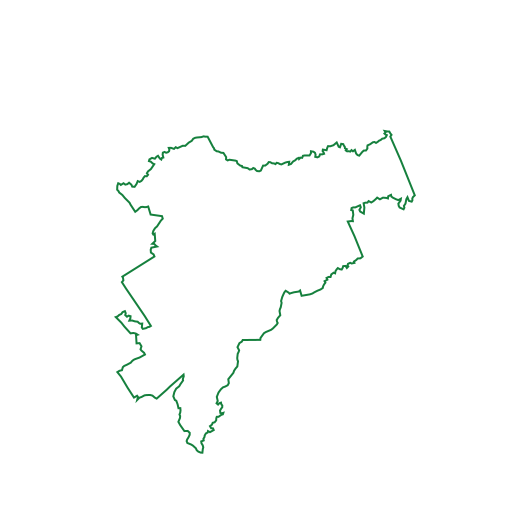 Cascavel, Paraná, Brazil, rotated 238°
{"feature_id": "56859067B17603157029702", "entity_name": "Cascavel", "entity_type": "district", "adm_level": 2, "iso_a3": "BRA", "parent_name": "Brazil", "parent_adm1": "Paraná", "projection": "equal_earth", "projection_center": [-53.389, -25.057], "detail": "fine", "context": "isolated", "style": "outline", "palette": "green", "viewbox_px": 512, "rotation_deg": 238, "n_neighbors": 0, "source": "geoboundaries", "source_scale": "gbopen_adm2", "svg_char_len": 6140}
<svg xmlns="http://www.w3.org/2000/svg" viewBox="0 0 512 512"><g transform="rotate(238 256 256)"><path d="M260.1,429.4L286.1,433.2L286.9,435.1L288.8,434.9L290.9,435.0L292.0,433.4L293.8,431.4L292.2,431.4L291.8,429.8L290.3,430.2L289.2,431.0L288.1,429.3L287.8,427.3L288.6,425.2L288.3,423.1L288.6,421.5L288.3,419.8L288.3,417.7L289.9,416.9L290.5,415.4L290.3,412.0L290.7,409.2L289.7,408.3L288.1,407.4L287.2,405.2L288.3,403.2L287.9,401.2L286.4,396.7L287.8,395.6L289.8,395.2L293.6,396.1L293.4,393.7L295.2,393.1L294.6,391.3L295.7,390.2L296.5,388.7L297.9,388.1L298.5,389.6L300.2,388.5L301.7,389.2L303.1,389.0L304.6,389.3L306.0,387.7L303.7,384.8L304.8,384.0L309.5,384.6L308.9,380.4L309.7,377.1L311.0,375.3L310.1,373.9L308.3,371.9L310.8,369.1L309.7,368.1L307.9,368.2L306.6,367.9L307.1,366.1L308.3,364.2L306.9,362.4L307.1,360.4L308.7,358.8L310.3,360.2L312.3,360.7L314.0,360.0L315.7,358.1L314.1,357.1L312.9,354.7L315.5,350.5L316.1,348.9L314.8,347.2L315.8,345.9L315.4,343.9L316.6,344.2L316.9,342.1L316.4,340.1L316.5,337.5L315.5,334.5L316.0,332.2L318.3,334.1L319.1,332.3L319.7,330.3L320.2,326.1L321.3,325.0L322.9,324.1L324.1,322.9L323.6,321.2L324.9,320.4L326.1,318.8L328.0,317.8L328.9,316.5L328.1,314.8L327.8,311.8L328.9,309.9L325.9,305.4L326.1,303.7L327.5,301.9L329.3,301.3L330.7,301.3L332.1,300.3L331.8,298.6L332.7,296.4L334.9,295.5L338.5,291.5L339.8,291.8L340.9,290.6L344.4,289.3L346.7,290.0L347.8,289.1L351.7,284.5L352.1,282.6L353.8,281.8L355.7,283.1L360.7,283.0L362.1,281.1L364.6,279.5L365.6,278.2L368.3,277.0L369.5,277.5L370.9,277.3L382.8,278.2L384.1,276.2L385.2,275.0L385.8,272.6L387.8,268.7L388.5,267.0L388.7,264.9L387.7,262.5L387.8,259.1L386.9,254.4L388.3,252.3L389.1,246.5L390.8,245.6L390.3,243.2L392.8,241.2L393.9,239.3L392.1,238.9L390.9,237.8L390.7,236.2L391.2,234.5L392.7,233.6L393.0,231.8L391.4,230.5L388.6,229.6L389.0,228.0L388.0,226.8L389.6,226.1L392.9,226.0L392.9,224.2L392.1,221.8L394.3,219.8L394.4,216.8L393.2,215.5L391.7,216.8L389.3,217.4L387.8,218.4L385.4,212.9L385.0,209.3L384.0,207.3L382.1,207.5L381.5,205.6L382.6,204.1L382.0,202.2L381.1,200.7L380.4,198.6L380.5,196.6L382.2,195.4L380.4,192.9L379.0,189.7L380.4,187.8L382.5,188.1L385.4,187.2L385.1,185.0L385.8,183.0L387.9,182.2L387.9,179.0L389.3,178.7L390.7,177.7L388.9,175.5L385.8,173.4L383.7,173.8L382.4,173.6L378.6,175.0L374.7,175.5L368.2,177.0L366.0,176.8L357.5,177.0L357.7,179.7L358.3,182.1L358.5,184.4L357.7,186.0L356.7,187.1L355.6,188.8L355.1,190.8L347.0,188.6L339.6,197.4L337.1,196.7L336.4,194.0L333.5,187.7L333.2,185.5L332.5,183.8L331.6,182.1L329.9,180.3L328.6,180.3L328.6,181.9L322.1,178.5L321.3,174.6L320.2,176.1L318.3,176.4L316.5,177.1L318.5,171.7L317.1,170.0L314.6,168.7L311.6,170.0L309.4,169.6L309.3,131.7L308.1,131.7L305.6,130.6L304.9,128.4L297.3,128.5L264.1,129.8L252.4,129.8L252.4,128.1L253.0,126.6L253.1,124.4L254.2,121.4L255.9,121.3L259.0,123.7L259.9,121.9L261.3,121.2L263.0,120.8L264.7,118.7L267.0,116.7L268.3,114.3L269.7,116.4L271.4,117.7L272.9,116.4L272.9,114.4L275.2,113.8L276.5,115.2L278.7,115.6L279.1,113.1L278.2,111.0L278.5,108.8L278.1,106.6L278.5,104.7L270.7,106.5L265.9,107.0L256.9,108.6L255.7,111.2L253.9,113.0L252.0,113.9L252.4,112.3L245.2,108.4L243.8,111.1L240.1,111.0L238.0,108.6L236.6,108.7L233.2,109.8L231.3,109.6L231.6,103.4L232.6,98.9L232.8,97.1L232.5,95.0L231.9,93.3L232.2,88.8L232.6,86.0L232.3,84.2L230.2,81.8L231.0,79.4L231.0,76.9L225.3,77.6L212.3,77.3L200.6,77.5L200.5,81.1L199.0,81.2L196.9,79.0L197.6,82.0L197.1,84.2L196.9,87.6L196.1,89.4L194.3,92.5L192.5,94.2L189.4,95.2L187.7,96.2L189.9,109.4L190.9,113.9L193.8,131.7L192.3,131.0L190.4,128.7L189.1,128.2L187.5,124.3L186.2,121.8L185.8,118.0L183.9,114.7L180.8,111.5L176.9,110.9L175.5,111.7L171.7,110.9L168.0,109.6L167.1,111.2L165.1,110.2L163.4,108.8L162.1,107.1L160.5,106.9L158.9,105.7L156.5,102.3L152.7,102.1L145.5,102.5L143.8,105.4L141.2,106.1L139.5,105.0L137.9,102.5L136.9,100.4L135.8,99.1L133.8,98.7L130.5,101.1L128.7,102.0L124.8,103.1L122.7,102.8L120.7,103.4L118.6,104.9L117.6,106.3L120.5,108.6L121.7,109.9L123.7,110.5L126.0,110.5L127.8,111.3L127.3,113.9L128.8,114.5L129.8,116.4L131.0,117.4L132.1,119.5L131.9,121.4L133.0,122.5L131.0,123.6L130.8,127.9L132.6,128.2L133.7,126.7L136.1,126.8L136.3,129.2L137.5,130.9L136.9,132.8L137.7,135.1L139.5,136.4L140.4,137.5L139.5,139.0L139.7,142.4L139.3,144.0L140.3,145.2L140.7,143.7L141.8,142.6L144.0,143.6L145.1,145.7L145.6,147.2L147.1,148.2L148.6,148.0L150.2,148.6L150.6,146.9L150.1,145.1L152.0,144.5L153.3,146.7L157.3,148.1L160.1,151.9L161.6,155.7L162.1,158.4L161.6,160.7L161.4,163.5L162.6,165.6L166.2,167.2L168.9,174.9L170.3,176.6L171.4,179.0L172.2,181.6L176.3,185.0L177.7,185.2L179.4,186.0L182.8,188.7L183.7,190.2L184.9,191.7L188.5,192.0L190.9,195.8L190.9,198.6L191.8,200.2L182.6,215.2L184.1,216.4L186.3,221.8L186.3,224.0L185.4,229.7L185.6,231.9L186.9,237.4L187.7,238.9L189.1,239.0L190.7,239.6L191.9,241.9L192.9,245.2L196.9,246.8L198.3,248.2L199.3,249.7L202.7,252.9L204.5,253.4L207.3,256.5L208.4,258.1L210.1,260.7L210.8,262.7L207.6,264.3L206.3,264.5L205.9,266.3L205.1,269.0L203.2,273.4L203.4,275.1L198.1,273.6L194.9,281.4L194.3,284.0L194.3,286.3L194.0,289.7L193.4,293.0L193.5,295.7L194.7,296.8L195.8,298.6L196.6,300.7L198.3,300.8L198.1,304.0L200.0,304.2L199.8,306.4L198.7,308.1L200.5,310.1L200.7,313.0L199.4,313.9L201.1,315.5L201.9,317.3L202.4,319.0L200.5,320.0L199.1,321.5L199.8,322.9L201.2,324.6L200.1,326.7L197.7,326.7L198.2,328.7L199.6,328.7L200.6,329.9L200.3,332.3L199.0,333.1L198.0,335.8L199.4,336.1L199.5,339.0L200.0,340.9L198.7,343.3L199.0,346.2L220.6,350.0L236.6,352.1L235.2,355.2L234.2,356.6L236.9,357.8L239.3,360.3L243.3,362.2L244.5,361.1L246.0,362.5L245.7,364.2L244.6,365.9L243.9,371.1L241.8,370.7L240.3,368.1L238.5,367.9L234.8,369.9L239.7,373.6L243.7,375.2L243.3,376.9L242.2,378.8L242.9,380.6L240.3,382.1L240.3,384.6L240.8,387.7L241.3,389.7L238.4,391.1L238.2,394.6L236.1,397.4L234.9,398.4L236.6,399.8L236.3,402.9L234.7,402.3L232.9,403.0L229.8,404.9L228.0,406.3L227.8,409.2L226.3,407.9L225.0,404.5L222.9,403.6L221.0,403.5L217.4,405.9L218.3,407.4L220.1,408.0L221.2,410.5L224.5,413.6L225.6,415.6L221.7,414.9L219.6,416.8L220.3,418.1L222.0,419.1L222.8,420.4L223.3,422.8L260.1,429.4Z" fill="none" stroke="#15803d" stroke-width="2"/></g></svg>